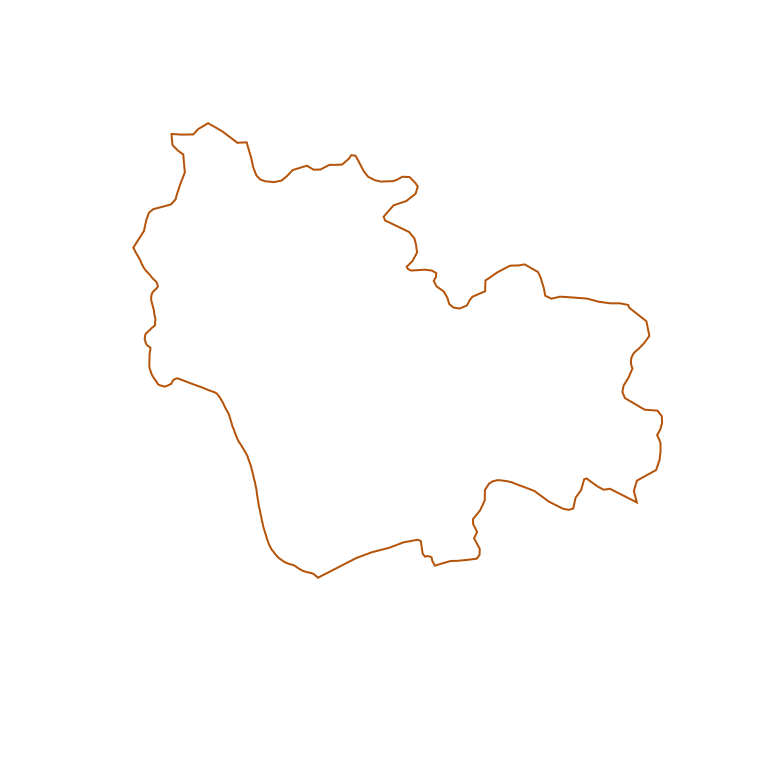 outline of Qatana, Rif Dimashq, Syria, rotated 290°
{"feature_id": "27442178B63011141740515", "entity_name": "Qatana", "entity_type": "district", "adm_level": 2, "iso_a3": "SYR", "parent_name": "Syria", "parent_adm1": "Rif Dimashq", "projection": "equal_earth", "projection_center": [36.018, 33.361], "detail": "fine", "context": "isolated", "style": "outline", "palette": "amber", "viewbox_px": 768, "rotation_deg": 290, "n_neighbors": 0, "source": "geoboundaries", "source_scale": "gbopen_adm2", "svg_char_len": 6021}
<svg xmlns="http://www.w3.org/2000/svg" viewBox="0 0 768 768"><g transform="rotate(290 384 384)"><path d="M583.6,344.8L587.2,337.3L585.1,330.5L579.8,325.8L577.7,323.0L573.1,311.8L572.4,305.7L573.3,298.2L577.2,292.0L583.8,284.8L584.5,284.0L584.7,283.8L585.3,283.2L585.6,282.8L585.9,282.5L588.7,279.1L587.9,275.0L583.8,274.0L575.9,269.6L573.3,263.4L571.2,257.7L563.8,250.9L561.3,244.6L562.8,236.9L553.8,225.0L546.6,221.9L540.2,218.2L536.1,211.7L533.9,203.2L533.8,197.8L536.4,192.7L543.0,186.9L550.1,182.5L564.1,172.3L560.5,163.6L561.3,161.3L566.2,145.2L568.9,129.5L560.0,122.2L553.3,119.4L549.2,108.8L546.3,98.9L541.6,100.9L536.1,103.6L532.9,110.4L531.0,116.9L525.5,119.4L514.7,124.5L503.3,124.2L491.6,124.5L486.2,125.0L480.0,122.5L475.5,116.3L469.4,107.4L464.7,104.6L457.2,104.5L445.6,106.1L426.4,101.8L426.1,102.1L425.1,103.2L422.3,106.2L418.8,110.5L416.4,113.2L414.9,114.4L413.6,115.6L412.0,117.6L411.2,118.3L410.3,119.6L409.1,121.4L406.9,125.8L406.4,126.8L405.0,128.9L404.2,130.5L403.6,131.8L402.9,133.2L402.4,134.7L401.2,136.1L398.7,138.1L397.7,138.1L396.4,137.7L394.2,136.7L392.7,135.8L391.0,135.2L389.7,135.1L389.0,135.1L387.5,135.2L386.4,135.5L384.4,136.0L381.7,137.5L379.1,139.4L376.9,140.9L374.4,142.7L372.1,143.8L370.3,144.7L370.0,145.0L369.2,145.5L366.6,147.1L365.0,147.5L363.8,147.7L362.5,148.2L361.3,148.6L360.1,148.4L359.1,147.8L357.4,146.7L354.2,145.2L350.4,143.3L349.3,142.8L347.6,143.0L346.2,143.3L344.0,143.9L342.9,144.9L341.0,146.1L340.0,147.2L339.3,148.5L338.7,150.4L338.4,151.8L337.9,152.3L336.7,152.6L335.8,152.8L333.3,153.2L331.4,153.6L328.8,154.6L323.9,156.2L320.1,157.5L318.9,158.2L317.6,159.2L316.3,160.2L314.6,161.5L313.2,162.9L312.4,163.8L311.2,165.2L309.8,167.3L309.0,168.5L308.2,169.6L307.0,170.9L307.0,171.0L306.3,172.3L306.2,173.6L306.1,174.9L306.5,176.4L306.5,177.5L306.3,178.2L306.6,178.9L307.8,180.4L308.5,181.3L309.6,182.2L311.5,184.1L313.1,184.2L314.2,184.4L315.5,184.7L316.9,185.6L318.5,187.5L318.7,188.7L318.7,192.5L318.7,194.5L318.6,197.6L318.5,202.8L318.5,208.3L318.5,214.0L318.4,216.3L318.2,221.6L318.3,226.8L318.0,229.5L317.7,230.5L317.0,231.6L315.7,233.6L314.2,235.6L312.8,237.3L310.7,239.7L308.9,241.4L306.0,244.5L304.6,246.3L302.8,248.2L300.6,250.0L299.8,250.5L298.5,251.6L296.5,253.0L294.5,254.6L292.7,255.8L289.0,259.2L286.7,261.0L284.8,262.8L283.9,263.6L282.1,265.1L280.5,266.8L279.5,268.1L278.2,270.0L277.0,271.5L275.5,273.3L274.4,274.7L272.9,276.6L271.3,278.4L269.5,280.4L267.5,281.9L266.0,283.1L264.8,284.2L263.7,285.0L261.5,287.0L259.6,288.1L258.1,289.3L256.1,290.5L254.6,291.7L252.8,292.8L251.4,293.6L250.1,294.5L247.9,296.1L246.0,297.3L244.9,297.8L244.7,297.9L242.6,299.4L242.2,299.6L240.9,300.4L240.0,300.9L238.2,301.7L238.1,301.8L237.1,302.2L235.2,303.4L233.2,304.4L232.2,305.0L230.4,306.0L228.4,307.1L226.2,308.4L225.0,309.2L224.1,309.8L221.9,311.2L220.0,312.2L217.7,313.8L215.9,314.8L214.7,315.5L213.3,316.2L212.0,317.4L210.1,318.4L208.3,319.6L206.6,320.9L204.7,322.4L202.7,323.8L201.4,324.9L200.0,325.9L198.7,326.9L197.1,328.1L195.2,329.7L195.0,329.9L193.9,331.0L192.5,332.3L191.2,333.7L189.7,335.4L189.0,336.9L187.9,338.4L186.5,340.6L185.5,342.5L184.6,344.5L184.0,346.5L183.4,348.7L182.9,350.4L182.6,352.0L182.6,353.5L182.4,355.8L182.6,357.8L182.8,360.1L182.7,362.1L182.1,364.6L181.5,366.7L181.1,368.7L180.8,370.2L180.7,372.0L180.7,373.5L180.9,376.0L181.2,378.3L181.4,380.2L181.5,381.6L181.2,383.5L180.5,385.0L180.1,386.7L179.3,388.1L211.1,417.6L221.8,430.2L231.9,444.9L232.6,445.7L242.0,456.7L249.1,468.8L249.1,472.2L241.4,476.4L237.6,478.5L235.8,481.7L237.4,484.1L237.4,488.0L234.4,489.8L230.7,494.0L235.6,500.4L240.3,506.9L243.1,513.8L247.1,522.2L251.6,530.9L256.2,532.2L261.9,530.3L269.8,521.4L276.9,522.1L282.8,515.7L287.4,513.8L298.1,517.5L309.0,518.5L318.9,515.1L319.3,515.2L326.2,516.7L329.8,519.5L332.7,524.0L333.5,527.2L334.7,532.4L335.3,537.4L335.1,545.6L335.1,553.2L334.9,561.9L333.9,565.3L329.8,579.5L328.0,595.0L329.0,600.8L331.7,604.4L342.8,602.9L351.7,605.5L363.0,604.7L364.5,606.7L362.0,615.3L360.6,620.5L359.8,626.6L362.8,632.1L359.2,662.1L368.9,655.4L379.7,654.7L396.2,669.1L407.0,668.9L415.2,666.9L422.7,664.2L426.1,661.5L429.4,658.1L436.0,659.2L442.7,658.6L448.8,656.0L452.5,650.1L449.0,637.6L453.2,615.2L458.1,610.7L464.4,609.7L473.0,611.5L483.6,612.2L483.9,611.9L484.1,611.8L484.2,611.6L484.4,611.5L484.5,611.3L484.7,611.2L484.9,611.0L485.1,610.9L485.2,610.7L485.4,610.6L485.6,610.5L485.8,610.3L485.9,610.2L486.1,610.1L486.3,610.0L486.5,609.9L486.7,609.7L486.9,609.6L487.0,609.5L487.2,609.4L487.4,609.3L487.6,609.2L487.8,609.1L488.0,609.0L488.2,608.9L488.4,608.8L488.6,608.8L488.8,608.7L489.0,608.6L489.4,608.4L489.6,608.4L489.8,608.3L490.0,608.2L490.4,608.1L490.6,608.1L490.8,608.0L491.0,608.0L491.2,607.9L491.5,607.9L491.9,607.8L492.1,607.8L492.3,607.7L492.5,607.7L492.9,607.7L493.1,607.6L493.3,607.6L493.6,607.6L493.8,607.6L494.0,607.6L494.4,607.6L494.6,607.6L494.8,607.6L495.0,607.6L495.3,607.7L495.5,607.7L495.9,607.7L496.1,607.7L496.3,607.8L496.5,607.8L496.9,607.9L497.1,607.9L497.4,608.0L497.6,608.0L497.8,608.1L498.0,608.1L498.4,608.3L498.6,608.3L498.8,608.4L499.0,608.5L499.4,608.6L499.6,608.7L499.8,608.8L500.0,608.9L500.2,609.0L500.4,609.1L500.6,609.2L500.8,609.3L501.0,609.4L501.2,609.5L501.3,609.6L501.5,609.7L501.7,609.8L501.9,609.9L502.1,610.0L502.3,610.2L502.4,610.3L502.6,610.4L502.8,610.5L503.0,610.7L511.2,614.4L520.0,616.9L532.7,609.1L539.6,588.2L541.8,586.4L540.6,578.4L537.3,569.4L534.8,558.1L533.7,545.5L529.4,530.2L526.3,519.6L521.4,512.1L522.1,505.3L528.6,501.5L537.6,494.7L541.9,490.4L544.5,475.3L541.4,469.8L538.3,462.0L527.9,452.5L523.5,449.3L520.1,447.0L516.0,443.9L505.7,447.3L496.3,437.3L491.9,435.8L486.2,435.1L480.8,429.3L480.2,426.2L479.6,423.2L481.4,418.0L486.7,414.0L491.4,408.5L493.7,400.0L497.9,395.5L502.6,396.2L506.0,395.2L507.0,390.5L505.4,383.3L502.2,376.0L499.9,370.7L500.2,367.2L501.9,365.2L509.2,368.7L518.8,370.1L525.8,366.5L531.1,362.9L535.4,355.7L538.0,329.2L541.0,326.4L555.2,331.9L563.6,342.4L573.6,348.6L581.1,348.2L583.6,344.8Z" fill="none" stroke="#b45309" stroke-width="2"/></g></svg>